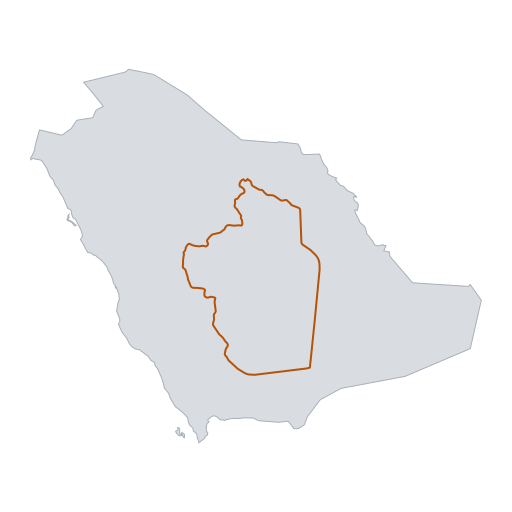 where Ar Riyad sits in Saudi Arabia
{"feature_id": "SAU-1097", "entity_name": "Ar Riyad", "entity_type": "Region", "adm_level": 1, "iso_a3": "SAU", "parent_name": "Saudi Arabia", "parent_adm1": "", "projection": "albers", "projection_center": [44.266, 23.395], "detail": "fine", "context": "in_parent", "style": "outline", "palette": "amber", "viewbox_px": 512, "rotation_deg": 0, "n_neighbors": 0, "source": "natural_earth", "source_scale": "10m", "svg_char_len": 7251}
<svg xmlns="http://www.w3.org/2000/svg" viewBox="0 0 512 512"><path d="M405.0,376.4L342.9,388.0L339.6,389.1L320.3,399.7L307.4,416.7L304.4,424.7L302.8,425.9L300.1,427.6L297.7,428.7L293.9,428.6L289.3,422.6L288.1,421.4L287.1,421.3L278.7,422.3L261.1,420.9L258.2,420.5L254.3,418.5L253.3,418.1L252.3,418.0L243.2,417.9L238.7,418.6L234.3,418.4L229.8,418.7L228.2,419.5L226.5,419.5L225.4,420.1L224.4,420.5L223.2,419.9L221.8,420.0L219.8,419.5L218.4,418.2L217.1,417.0L215.8,416.3L214.4,415.9L213.1,415.9L211.5,416.6L210.5,417.3L207.9,419.6L207.8,420.4L209.0,421.8L208.6,422.4L207.1,423.2L206.6,425.4L206.4,426.5L206.2,429.4L206.8,431.6L207.7,432.5L207.7,433.4L207.2,435.3L205.8,435.9L204.8,437.7L204.2,438.6L203.1,439.5L198.8,442.7L198.6,440.8L197.3,438.1L197.2,436.1L196.6,434.1L195.5,432.6L193.3,431.0L193.1,428.8L191.6,426.7L189.5,425.0L188.4,421.8L187.6,417.6L182.2,412.0L175.5,406.8L173.5,403.8L170.2,397.9L168.6,393.3L164.1,387.8L164.0,385.8L163.3,383.3L162.4,380.5L161.8,378.3L157.5,368.5L156.0,366.9L154.8,364.8L154.6,363.1L154.2,362.2L151.0,360.5L148.2,356.4L139.4,349.7L135.1,348.9L131.7,346.5L129.2,343.4L126.7,338.2L122.1,332.4L118.4,324.3L119.8,321.5L119.8,319.4L118.6,315.9L117.4,313.2L116.6,310.7L117.4,307.1L117.9,303.1L118.7,301.0L119.4,298.7L118.8,294.0L117.6,291.4L117.8,289.7L116.3,288.8L115.1,287.0L116.4,287.0L114.2,284.4L113.4,282.9L112.7,279.5L111.7,276.8L108.4,270.7L106.8,267.0L103.2,262.1L99.3,258.5L96.7,256.8L95.6,255.3L93.4,255.1L91.2,253.0L89.6,252.8L87.6,252.4L85.3,248.3L83.5,244.5L80.4,239.5L81.3,238.3L82.4,236.3L82.0,233.6L81.6,231.7L80.2,228.4L75.8,219.8L74.6,218.6L72.6,217.1L71.5,213.4L71.1,210.2L67.8,208.4L62.8,196.6L59.7,192.3L58.6,189.5L55.0,184.9L53.4,180.3L49.8,176.0L47.0,168.7L42.3,161.3L40.3,159.9L35.1,159.1L32.9,158.4L30.8,159.8L30.7,157.8L32.3,155.2L34.7,149.6L35.4,144.6L39.5,129.9L61.3,135.1L62.4,134.9L71.2,128.5L76.4,120.8L77.5,120.1L92.3,117.8L92.8,117.4L96.0,110.4L96.4,110.0L96.8,109.7L103.3,106.4L93.6,94.0L83.6,82.2L124.8,72.2L125.5,71.9L128.6,69.3L146.4,72.9L153.3,74.4L155.4,75.5L187.5,95.2L203.4,109.2L241.1,139.7L241.6,139.9L275.7,142.7L279.3,141.8L288.7,142.9L298.1,144.0L300.0,147.5L300.7,150.0L301.4,152.5L303.3,154.6L311.1,154.4L319.3,154.0L320.6,156.2L321.1,158.4L323.4,163.6L326.7,167.6L327.4,169.0L328.0,171.3L327.5,172.1L327.3,173.1L329.7,175.3L333.5,177.0L335.0,177.5L336.7,178.2L335.5,179.6L337.8,182.5L340.5,185.5L343.3,186.1L347.3,190.6L353.1,193.3L356.7,197.1L356.4,197.2L355.3,196.9L354.0,196.4L353.7,196.9L353.8,198.5L354.2,200.4L356.1,202.0L357.7,203.2L358.4,205.4L357.4,210.4L356.9,210.4L356.1,210.0L355.2,210.0L354.7,210.3L355.9,213.8L357.1,216.4L358.4,218.5L359.6,221.6L360.5,222.9L364.4,226.1L365.7,228.9L366.9,234.0L369.4,236.8L370.8,239.0L372.5,240.8L373.7,243.3L375.4,245.3L376.2,245.7L377.5,245.9L379.0,245.8L380.8,245.2L382.7,244.6L384.2,245.6L385.8,245.4L386.0,246.3L385.0,247.6L383.9,250.9L385.7,251.3L387.5,251.5L388.8,251.9L389.5,251.9L389.5,252.6L389.8,255.6L390.3,256.8L412.6,282.8L468.5,286.4L468.8,286.4L470.1,284.4L481.3,300.2L470.3,348.6L405.0,376.4ZM180.4,434.4L182.2,434.6L181.5,433.8L181.3,433.4L182.1,432.4L184.6,434.6L184.5,437.3L184.2,437.9L183.6,437.3L183.1,436.7L183.0,436.1L182.3,435.5L179.8,435.9L178.3,435.1L176.2,432.8L175.6,431.2L176.6,430.9L177.5,430.2L178.2,428.9L177.6,427.6L178.9,427.8L179.6,429.2L179.7,432.3L179.9,432.9L179.5,433.6L180.4,434.4ZM75.1,225.9L74.5,225.9L73.1,224.2L72.3,223.0L71.4,222.2L67.4,220.3L66.9,219.3L67.6,218.3L68.0,219.3L68.7,220.0L72.0,221.6L75.6,224.9L76.3,225.2L75.1,225.9ZM69.0,217.8L68.8,218.1L67.9,217.2L68.0,215.4L68.9,214.4L68.7,215.8L69.0,217.3L69.0,217.8Z" fill="#d9dde1" stroke="#a8b0b8" stroke-width="1"/><path d="M241.0,225.5L241.4,225.5L241.8,225.3L242.1,224.9L242.2,224.5L242.3,224.0L242.3,223.3L242.3,222.5L242.1,221.1L241.9,220.2L241.6,219.5L241.0,218.5L240.8,217.9L240.9,217.2L241.2,216.1L241.0,215.4L239.4,213.1L237.5,210.0L237.0,209.3L235.3,207.6L235.0,207.2L234.7,206.7L234.6,206.2L234.6,205.7L235.1,202.7L235.1,201.6L234.9,200.5L235.0,200.0L235.3,199.5L235.8,199.2L236.3,199.0L237.1,198.8L237.4,198.7L237.8,198.4L239.3,196.1L240.1,195.2L241.0,194.4L241.6,194.0L242.1,193.7L243.1,193.3L243.6,193.1L244.0,192.7L244.3,192.3L244.4,192.0L244.5,191.7L244.5,191.3L244.5,190.8L244.3,190.3L244.1,189.8L243.9,189.3L243.5,188.8L243.1,188.4L242.2,187.7L241.3,187.0L239.9,186.4L239.8,186.1L239.6,185.3L239.5,184.8L239.5,184.3L239.6,183.8L239.8,183.1L240.2,182.3L240.7,181.4L241.3,180.7L241.9,180.1L242.2,179.9L242.3,179.8L243.5,179.4L243.9,179.7L244.0,179.8L244.3,180.3L244.7,180.6L245.2,180.8L245.7,180.8L246.2,180.6L246.6,180.3L247.5,179.1L249.5,180.5L250.4,181.3L250.8,181.8L251.1,182.4L251.6,184.4L251.9,185.0L252.4,185.7L252.9,186.1L258.9,189.5L259.9,189.8L261.4,189.9L261.9,190.0L262.4,190.3L262.8,190.6L264.1,192.2L266.1,194.1L267.1,194.8L267.5,195.0L268.4,195.1L271.9,195.2L272.9,195.4L273.8,195.7L275.1,196.4L280.4,200.1L280.9,200.3L281.4,200.5L281.9,200.6L282.4,200.6L285.5,200.0L286.0,200.0L286.5,200.1L287.0,200.4L290.6,203.8L291.1,204.7L291.5,205.1L292.0,205.3L298.8,207.9L299.1,208.1L299.4,208.4L299.7,208.8L299.9,209.2L300.1,209.7L300.2,210.4L301.4,242.2L301.6,243.2L301.8,243.6L302.1,244.0L302.4,244.5L310.2,249.8L315.8,255.2L316.6,256.3L317.6,257.7L318.6,259.8L319.1,261.5L319.5,264.3L319.6,269.6L314.7,320.8L309.9,367.5L307.0,368.4L254.8,374.8L249.0,374.5L246.9,374.0L245.7,373.5L244.1,372.7L237.9,368.9L237.5,368.6L228.7,360.5L226.6,356.9L225.3,355.4L225.0,354.8L224.8,354.1L224.8,353.5L225.7,349.4L226.1,348.5L227.4,346.5L227.6,346.1L227.8,345.6L227.8,345.0L227.8,344.6L227.6,344.1L227.4,343.5L225.5,341.5L224.2,339.7L223.5,338.6L222.3,337.1L219.1,334.2L213.4,325.6L213.1,325.1L213.0,324.6L213.0,324.1L213.0,323.6L213.9,320.2L214.1,319.2L213.8,315.2L213.9,314.7L214.0,314.3L214.3,313.8L215.0,312.9L215.2,312.5L215.5,312.0L215.6,311.5L215.7,311.0L215.7,310.6L214.6,302.6L214.6,301.7L215.3,298.2L214.9,297.7L214.5,297.5L214.0,297.4L211.5,296.8L211.0,296.8L210.5,296.9L207.9,297.6L207.4,297.6L206.9,297.6L206.0,297.2L205.5,296.9L205.0,296.5L204.5,295.6L204.4,295.0L204.4,294.4L204.5,292.0L204.9,291.0L205.0,290.5L204.9,290.1L204.6,289.5L204.0,289.1L203.4,288.8L202.9,288.6L201.9,288.4L197.2,287.9L193.8,287.9L193.0,287.8L192.6,287.6L192.1,287.4L191.6,287.1L191.2,286.8L190.9,286.4L190.7,286.1L188.0,279.3L187.4,275.9L187.2,275.3L186.7,274.1L185.6,270.3L185.2,269.6L184.7,269.1L184.3,268.7L183.5,268.2L183.3,268.0L183.0,267.7L182.9,267.2L182.8,265.7L183.1,263.5L183.0,261.3L183.4,257.2L183.8,255.5L183.9,254.6L183.9,254.0L183.6,253.2L183.6,252.7L183.7,252.3L184.0,251.8L185.1,250.5L185.1,250.4L185.4,249.7L185.7,248.7L185.7,247.8L186.1,246.9L187.6,244.8L187.9,244.5L188.4,244.1L188.9,243.8L189.4,243.8L189.9,243.9L192.2,245.1L193.1,245.4L194.6,245.8L198.5,246.3L199.6,246.3L202.6,245.8L203.7,245.9L205.3,246.4L205.7,246.4L206.2,246.3L206.7,246.0L207.2,245.6L207.7,245.0L208.0,244.1L208.0,243.5L207.9,243.0L207.3,242.0L207.1,241.5L207.0,241.0L207.1,240.4L207.4,239.8L209.5,237.0L211.6,235.0L212.1,234.6L212.6,234.4L219.8,232.7L220.6,232.3L221.2,231.9L222.3,230.9L223.8,229.9L224.3,229.4L224.7,228.8L225.5,227.2L226.1,226.4L226.4,226.0L226.7,225.8L227.0,225.6L227.5,225.4L227.9,225.2L228.4,225.1L229.4,225.1L233.9,225.7L239.0,225.3L241.0,225.5Z" fill="none" stroke="#b45309" stroke-width="2"/></svg>